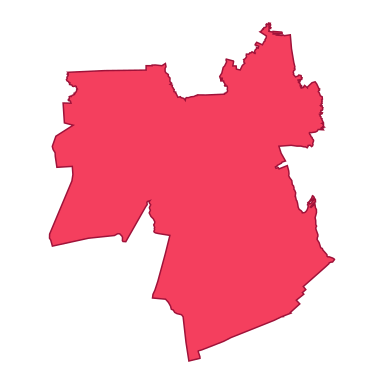 Spineni, Olt, Romania
{"feature_id": "2599482B91158629035483", "entity_name": "Spineni", "entity_type": "district", "adm_level": 2, "iso_a3": "ROU", "parent_name": "Romania", "parent_adm1": "Olt", "projection": "equal_earth", "projection_center": [24.571, 44.715], "detail": "fine", "context": "isolated", "style": "filled", "palette": "rose", "viewbox_px": 384, "rotation_deg": 0, "n_neighbors": 0, "source": "geoboundaries", "source_scale": "gbopen_adm2", "svg_char_len": 5834}
<svg xmlns="http://www.w3.org/2000/svg" viewBox="0 0 384 384"><path d="M332.6,262.0L334.5,259.5L334.3,259.1L332.8,258.1L329.2,256.8L328.0,256.9L327.1,256.3L326.9,254.6L323.0,250.2L322.3,248.5L320.7,247.7L319.1,242.6L317.1,239.5L317.4,237.4L317.9,236.3L317.9,234.7L315.9,229.1L315.8,227.7L316.6,226.1L315.8,224.7L315.7,220.3L315.1,217.8L316.5,212.6L316.4,209.4L315.5,207.9L314.9,204.1L311.0,207.5L310.3,207.0L312.3,204.9L312.2,204.7L314.9,202.0L315.5,201.9L315.4,199.5L315.0,199.0L312.2,201.6L311.9,202.5L310.6,203.6L309.5,203.9L308.8,203.0L309.4,202.0L314.3,197.9L314.0,197.0L312.7,195.7L312.4,195.9L311.6,198.1L309.3,201.5L307.8,202.7L308.1,203.3L307.5,204.8L308.1,205.2L308.1,207.0L307.4,209.3L306.4,211.0L305.3,212.2L304.1,212.7L302.3,212.8L302.2,212.0L301.1,210.7L299.2,209.4L298.2,207.3L297.5,203.0L296.8,200.6L296.3,200.2L295.5,196.5L295.2,196.5L295.7,192.8L294.6,190.1L293.9,189.5L294.0,187.8L293.5,185.9L292.3,184.6L291.8,180.6L289.5,177.4L288.7,175.6L289.0,173.9L288.7,170.8L287.3,165.6L279.0,168.9L278.3,167.6L276.0,168.3L275.4,167.2L275.4,166.8L277.3,166.0L277.3,165.4L281.5,163.1L282.1,162.1L285.5,161.0L281.1,153.2L278.9,146.2L291.2,145.3L296.9,146.1L300.9,146.1L304.1,146.9L305.4,146.8L307.2,147.8L308.2,146.1L308.1,145.5L310.1,145.2L311.6,146.6L312.5,145.9L313.0,144.7L312.7,143.5L313.6,140.8L313.4,139.8L312.3,138.6L312.1,137.5L310.9,136.5L310.5,135.0L309.8,134.5L309.3,133.0L309.8,132.5L310.9,132.7L315.6,132.0L317.3,131.0L318.2,129.5L323.4,129.8L322.9,129.0L322.0,129.0L321.5,129.5L320.9,128.9L321.7,128.6L321.5,128.1L322.8,127.8L322.3,127.5L323.5,127.2L323.2,127.1L323.8,126.8L323.0,126.3L323.5,125.9L323.5,124.0L322.9,124.1L322.7,123.5L322.1,123.3L323.4,122.7L322.5,122.7L323.3,122.5L322.0,119.9L322.0,118.8L321.6,118.9L321.0,118.0L321.0,116.8L320.2,116.3L320.2,115.6L319.6,114.8L322.1,113.7L322.4,112.8L320.2,112.8L320.8,112.2L320.9,110.6L321.3,110.8L322.3,110.2L322.2,109.7L322.7,109.3L322.5,108.2L322.9,107.8L322.3,107.4L322.1,105.8L320.6,106.0L320.3,105.5L321.0,105.1L321.6,104.0L321.4,103.8L322.1,103.4L321.8,102.5L322.1,101.9L321.7,101.7L322.1,100.5L321.7,99.8L322.4,99.3L322.2,96.8L320.4,95.8L319.1,92.5L318.3,91.7L318.7,90.7L319.5,90.3L319.6,88.9L318.7,88.8L318.8,88.4L316.7,83.9L315.1,81.8L312.0,82.7L307.4,87.1L307.4,87.8L304.6,85.4L303.7,86.6L303.7,87.4L301.2,88.1L300.6,86.9L301.8,86.7L301.5,85.5L300.2,85.4L300.3,84.1L298.8,82.5L299.6,82.4L300.1,81.1L298.8,81.2L298.1,80.6L298.0,80.0L301.7,79.4L302.1,77.8L301.4,77.7L301.1,75.6L298.8,75.0L297.9,76.1L295.5,76.9L293.4,74.4L293.7,73.5L293.2,72.3L293.8,70.5L294.9,69.8L295.0,68.9L294.4,68.2L294.9,66.9L293.8,62.5L291.5,48.7L290.3,34.8L284.2,35.7L283.5,35.1L281.9,35.5L277.6,35.2L279.5,34.3L273.1,34.0L273.2,33.3L282.1,33.8L282.2,33.0L281.8,32.1L273.0,31.4L272.9,32.1L268.9,31.3L269.2,30.2L268.9,29.9L269.2,28.3L270.6,28.5L270.9,27.6L269.0,27.1L269.1,26.3L270.0,26.5L270.6,25.2L270.6,24.7L269.9,24.4L270.3,23.3L268.5,23.0L268.3,23.5L268.6,24.7L268.0,24.8L266.6,23.9L266.0,24.6L266.5,26.5L265.3,27.4L263.9,27.6L263.3,29.2L262.7,29.0L262.4,29.9L261.6,30.3L261.4,31.1L260.0,31.8L266.3,35.9L266.3,37.1L266.0,38.2L265.0,39.5L265.2,40.0L264.8,41.2L264.2,41.4L262.4,44.8L256.7,42.3L255.2,44.4L255.2,45.0L258.7,46.2L258.1,48.2L256.6,47.5L256.8,48.3L255.1,50.1L254.4,52.2L255.3,53.0L255.0,53.5L252.0,51.8L250.9,52.9L249.9,52.8L248.7,54.2L246.4,54.1L246.2,55.5L246.5,56.9L245.2,58.7L243.6,59.6L244.1,60.5L243.8,62.0L244.8,63.2L242.3,65.5L240.2,70.0L236.4,69.1L236.2,66.0L232.8,65.9L233.6,61.6L233.4,61.0L226.3,59.1L226.0,60.0L226.6,61.9L224.6,66.0L223.2,67.4L221.8,73.1L219.7,76.5L220.2,78.1L222.3,78.2L222.2,79.4L220.7,79.5L220.8,80.9L223.6,81.0L223.9,82.4L224.8,83.6L224.9,84.8L225.4,85.0L224.6,85.5L224.8,86.0L226.6,86.1L227.2,86.2L227.3,86.7L227.5,87.8L227.2,89.3L227.6,90.6L227.5,91.4L226.6,92.5L226.1,92.5L225.8,93.1L224.5,93.4L224.5,94.2L205.8,95.0L197.2,94.9L196.9,95.6L195.7,95.6L194.0,96.5L191.0,96.8L188.3,97.7L186.3,97.6L185.5,98.7L185.3,100.3L183.8,98.4L181.0,97.6L180.4,96.7L177.9,97.3L176.1,93.5L175.6,93.2L175.8,92.2L173.9,91.6L174.2,89.4L173.3,88.8L173.2,88.0L172.1,86.7L172.4,85.2L170.1,84.3L171.6,83.2L169.9,81.5L170.0,78.0L168.3,76.3L168.3,74.5L165.9,72.8L165.1,71.4L165.1,68.3L166.0,66.8L165.4,63.5L161.9,65.7L155.4,65.0L152.1,65.1L152.1,65.7L146.1,65.7L146.1,70.1L104.8,70.6L67.8,72.3L68.2,72.7L68.2,73.4L67.3,73.9L67.2,74.4L67.7,74.8L68.2,74.5L68.3,74.8L67.9,76.0L66.9,77.2L67.2,78.5L66.4,79.6L67.0,80.8L68.7,81.8L68.9,82.7L70.0,83.0L69.6,84.5L71.8,85.0L72.6,86.3L73.5,86.5L75.4,86.0L76.3,86.5L76.2,87.3L77.4,89.0L76.7,89.3L76.6,90.8L76.0,92.1L75.2,92.4L75.0,93.4L74.1,93.4L74.4,94.5L72.1,95.4L71.3,96.5L70.6,96.1L69.2,96.7L69.5,97.9L69.0,98.8L69.1,99.5L68.4,99.5L68.2,100.0L69.1,100.9L69.6,100.7L70.4,101.1L71.0,103.2L63.1,103.0L64.4,122.9L73.2,125.2L55.9,136.2L52.3,146.4L53.1,149.5L55.1,152.7L55.3,156.5L56.9,167.3L72.3,166.4L72.9,174.5L71.9,181.0L49.6,234.1L49.5,238.2L50.7,240.0L52.4,246.1L88.6,238.2L114.5,235.5L117.7,233.7L119.7,233.8L121.9,236.1L122.5,237.4L122.4,240.7L123.0,241.5L125.8,241.7L145.8,206.5L147.2,204.6L146.9,202.5L147.4,201.5L149.9,200.7L149.3,201.5L149.2,202.7L150.7,204.8L149.4,207.4L149.6,208.6L150.4,210.1L149.2,212.9L151.0,216.5L153.3,218.8L154.8,221.8L154.7,223.0L153.7,224.9L154.7,227.4L154.3,228.4L154.6,229.6L153.9,231.3L154.3,232.2L155.5,232.9L158.2,233.5L169.9,235.4L165.3,253.8L157.8,281.4L154.9,290.2L153.0,294.3L152.5,298.0L165.6,299.2L168.5,302.5L170.5,306.1L171.3,309.2L173.3,310.1L174.7,312.4L176.9,313.6L181.5,314.7L183.1,316.7L186.0,342.4L188.9,361.0L200.0,358.3L199.9,356.7L198.2,351.5L198.3,350.9L201.7,349.9L223.7,341.3L230.9,337.6L274.2,320.3L281.4,316.8L283.0,316.6L282.7,316.3L291.0,313.1L290.3,312.5L299.8,303.9L296.3,300.2L303.8,294.2L302.4,292.6L305.8,289.6L303.3,286.5L325.9,266.5L328.9,263.7L329.2,262.9L330.8,262.2L332.6,262.0Z" fill="#f43f5e" stroke="#9f1239" stroke-width="1.5"/></svg>